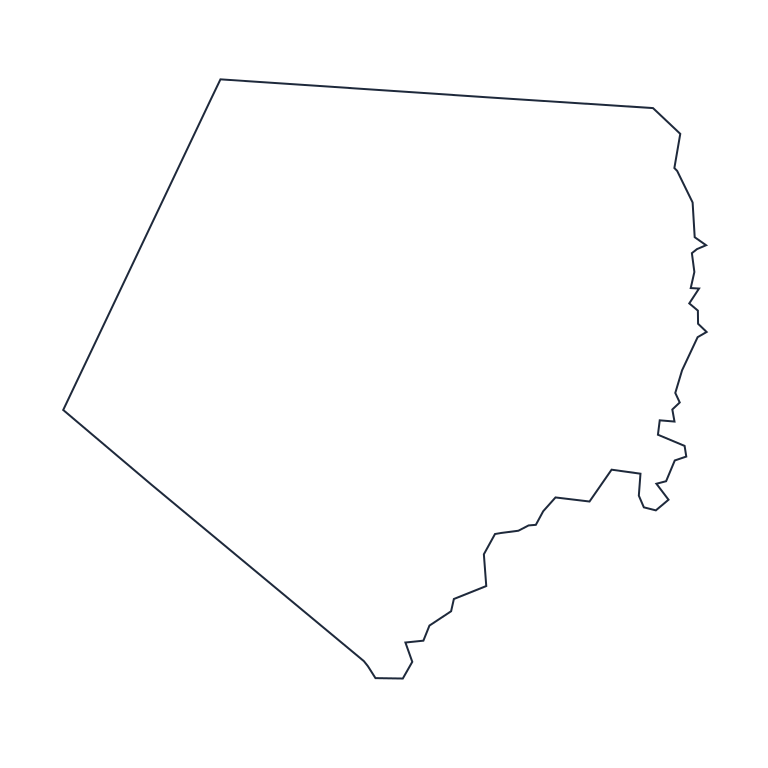 the district of Bexar, Texas, United States of America, rotated 94°
{"feature_id": "52423323B3019751705730", "entity_name": "Bexar", "entity_type": "district", "adm_level": 2, "iso_a3": "USA", "parent_name": "United States of America", "parent_adm1": "Texas", "projection": "mercator", "projection_center": [-98.439, 29.438], "detail": "fine", "context": "isolated", "style": "outline", "palette": "slate", "viewbox_px": 768, "rotation_deg": 94, "n_neighbors": 0, "source": "geoboundaries", "source_scale": "gbopen_adm2", "svg_char_len": 895}
<svg xmlns="http://www.w3.org/2000/svg" viewBox="0 0 768 768"><g transform="rotate(94 384 384)"><path d="M113.8,105.9L90.0,134.9L90.8,300.6L91.5,568.4L112.9,576.9L366.4,676.3L403.0,690.7L432.3,702.2L501.0,608.5L661.9,384.7L666.6,380.4L678.0,372.0L676.5,344.7L659.2,336.4L640.4,344.6L637.3,326.8L621.8,321.8L606.0,301.2L593.6,299.3L578.4,267.9L546.9,272.5L525.9,262.8L524.5,257.1L521.0,239.7L515.0,229.9L513.9,222.7L499.8,216.3L485.2,205.0L486.9,170.8L453.6,151.0L455.6,121.9L477.6,122.0L488.9,116.2L491.1,104.0L479.6,92.1L464.5,105.3L461.3,95.8L440.0,88.6L435.3,77.4L424.8,79.8L415.5,107.2L401.0,106.4L401.2,91.6L389.3,94.6L381.8,87.7L372.6,92.8L349.5,87.6L315.4,74.4L309.6,65.8L302.0,74.9L288.9,76.0L282.3,85.1L266.8,76.4L266.9,84.7L250.6,82.2L232.0,86.0L227.6,81.2L223.1,72.4L215.9,84.3L181.4,88.8L151.0,106.4L148.3,109.4L113.8,105.9Z" fill="none" stroke="#1e293b" stroke-width="2"/></g></svg>